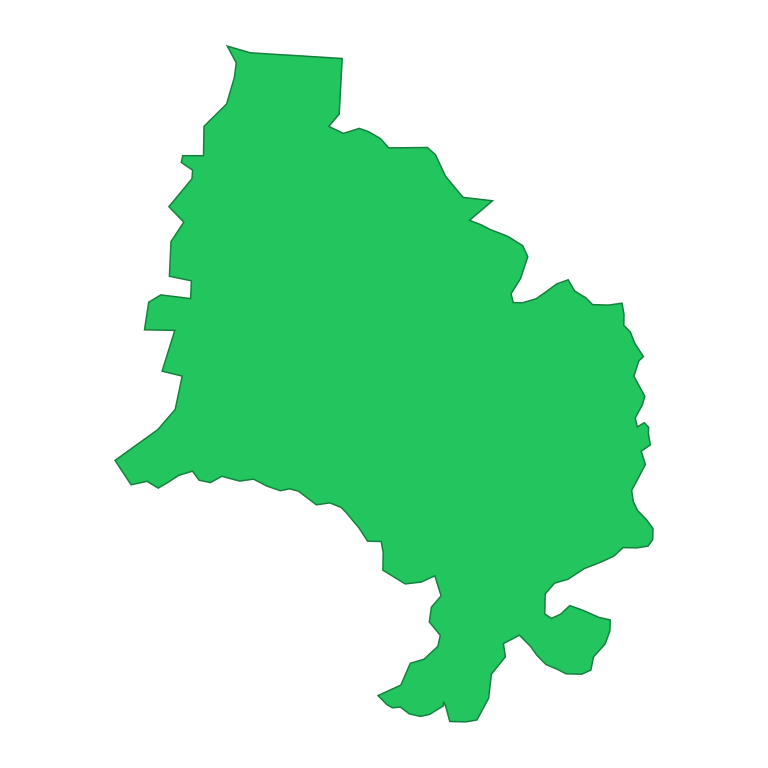 outline of Koshrabad, Samarkand, Uzbekistan
{"feature_id": "79887680B475609361313", "entity_name": "Koshrabad", "entity_type": "district", "adm_level": 2, "iso_a3": "UZB", "parent_name": "Uzbekistan", "parent_adm1": "Samarkand", "projection": "natural_earth1", "projection_center": [66.556, 40.341], "detail": "fine", "context": "isolated", "style": "filled", "palette": "green", "viewbox_px": 768, "rotation_deg": 0, "n_neighbors": 0, "source": "geoboundaries", "source_scale": "gbopen_adm2", "svg_char_len": 2083}
<svg xmlns="http://www.w3.org/2000/svg" viewBox="0 0 768 768"><path d="M131.1,484.8L147.0,481.3L158.2,488.1L167.5,482.7L178.8,475.3L192.5,471.2L199.1,480.2L210.4,482.6L221.8,476.3L239.8,481.1L253.5,479.1L266.9,486.1L280.4,490.7L289.5,488.8L298.5,491.2L316.3,504.8L329.9,502.9L341.2,507.5L345.6,512.0L358.9,527.8L367.6,541.2L381.2,541.5L383.2,552.6L382.9,570.2L405.2,583.9L421.1,582.1L434.8,575.8L441.1,595.8L431.4,607.2L429.3,621.9L440.3,635.4L437.8,646.4L424.0,659.2L410.3,663.3L400.8,685.1L387.1,691.4L378.0,695.6L386.9,704.6L392.3,707.8L400.4,707.1L409.3,713.9L420.5,716.4L429.6,714.4L443.3,705.9L443.4,701.6L445.6,706.0L449.8,721.5L465.6,721.9L476.9,720.0L488.6,698.3L491.4,674.1L505.4,656.8L503.4,643.6L519.4,635.2L530.5,646.4L537.0,655.4L545.9,664.5L557.1,669.2L566.0,673.8L581.8,674.2L590.9,670.0L593.5,656.9L605.1,644.0L609.9,630.9L610.2,619.9L598.9,617.4L583.2,610.4L569.8,605.6L560.6,614.2L551.4,618.4L544.7,613.8L544.9,607.2L545.2,594.0L554.5,583.2L568.1,579.2L584.2,568.6L600.2,562.4L613.9,556.1L623.1,547.6L636.7,547.9L648.0,546.1L652.7,539.6L653.0,528.6L646.4,519.6L637.6,510.5L633.3,501.6L631.7,490.4L645.4,464.5L641.2,451.2L650.4,444.9L648.4,433.8L648.6,427.2L644.2,422.7L637.3,426.9L635.2,418.0L642.3,405.0L644.8,396.3L633.9,376.2L638.8,360.9L643.4,356.6L634.7,343.2L630.4,332.1L623.8,325.3L624.0,314.3L622.0,303.2L608.4,305.1L592.5,304.6L585.9,297.9L574.7,291.0L568.2,279.8L556.7,283.9L545.2,292.4L536.0,298.8L522.3,302.8L513.2,302.6L511.1,293.7L520.5,278.6L527.8,256.7L522.7,245.7L507.9,236.4L489.9,229.4L480.9,224.7L469.5,220.3L492.5,200.8L463.1,197.4L445.6,176.4L435.5,154.8L427.4,147.5L388.7,147.9L380.6,138.7L368.8,131.8L359.2,128.4L343.4,133.4L328.8,126.4L339.2,114.1L342.2,58.5L250.2,52.8L227.3,46.1L236.2,62.8L234.5,77.0L226.6,104.0L204.0,126.3L203.5,155.7L182.8,155.7L181.2,162.4L192.6,170.2L192.0,178.7L168.9,206.7L183.8,222.2L171.0,241.6L169.4,276.3L191.4,280.8L190.6,298.6L160.8,294.9L148.7,302.2L144.5,329.8L174.8,330.4L162.1,371.2L182.2,376.1L175.2,409.4L157.8,429.6L115.0,460.4L131.1,484.8Z" fill="#22c55e" stroke="#15803d" stroke-width="1.5"/></svg>